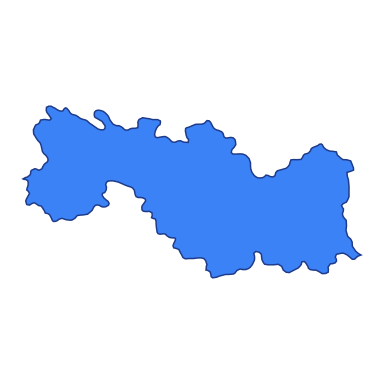 the district of Masty, Grodno, Belarus
{"feature_id": "67162791B96733958179229", "entity_name": "Masty", "entity_type": "district", "adm_level": 2, "iso_a3": "BLR", "parent_name": "Belarus", "parent_adm1": "Grodno", "projection": "orthographic", "projection_center": [24.533, 53.402], "detail": "fine", "context": "isolated", "style": "filled", "palette": "blue", "viewbox_px": 384, "rotation_deg": 0, "n_neighbors": 0, "source": "geoboundaries", "source_scale": "gbopen_adm2", "svg_char_len": 5737}
<svg xmlns="http://www.w3.org/2000/svg" viewBox="0 0 384 384"><path d="M23.0,178.9L23.8,179.3L25.4,179.4L27.6,180.5L28.2,182.4L28.1,185.3L27.3,187.5L26.7,189.9L28.2,191.2L29.5,193.3L27.8,196.5L26.5,198.9L25.7,201.0L26.7,204.5L29.5,205.1L32.0,203.5L34.2,202.7L36.3,203.9L38.5,205.5L41.1,206.0L42.5,207.8L44.4,210.9L45.3,213.1L47.9,213.6L49.5,214.7L50.8,216.9L51.6,218.7L52.5,220.7L53.6,221.5L55.6,221.3L57.2,220.7L58.6,219.6L60.1,218.8L62.2,218.4L64.6,219.2L66.0,219.7L68.5,220.0L70.7,220.2L72.1,220.0L74.9,218.3L76.4,216.6L77.3,215.5L80.4,215.1L83.3,214.9L87.6,214.2L90.5,211.8L92.2,210.2L93.6,207.3L95.3,205.4L97.3,204.9L99.5,205.4L101.2,206.5L103.0,207.0L105.7,206.8L108.5,205.2L109.1,203.4L108.0,201.3L105.8,199.7L103.6,197.6L102.3,195.4L102.2,194.0L103.2,193.0L104.7,192.6L106.2,189.9L106.5,187.1L105.7,184.8L106.3,182.6L107.8,181.2L110.6,180.8L113.1,180.9L115.5,181.4L118.1,182.0L121.9,183.6L125.4,185.2L128.7,186.4L130.4,186.8L132.5,187.9L134.3,190.1L134.6,191.7L135.3,194.9L136.1,196.6L138.1,197.5L140.3,197.5L142.8,197.8L145.3,199.1L145.6,200.9L143.9,203.4L142.3,205.5L141.8,207.4L142.0,209.9L143.2,211.1L145.1,211.5L147.6,211.5L149.3,211.3L152.0,212.9L152.2,215.6L151.5,217.7L153.3,218.5L155.4,219.0L156.1,221.6L156.1,223.8L156.3,226.5L156.7,229.5L157.1,232.1L158.0,233.6L160.1,234.2L163.4,233.8L165.4,234.1L166.6,235.5L169.3,237.4L172.4,237.9L174.6,237.9L175.5,238.7L175.2,240.5L173.7,243.6L173.0,245.8L173.7,247.8L175.8,248.3L178.8,249.4L179.5,250.9L180.7,253.2L181.8,255.1L183.0,257.6L185.3,258.8L189.5,258.5L193.5,258.5L197.9,257.9L201.2,257.9L204.0,258.6L205.8,260.9L206.4,263.0L207.0,264.5L206.3,266.3L206.2,268.6L206.0,270.1L207.3,270.2L209.9,271.7L210.8,274.0L211.2,276.7L212.7,277.8L216.6,277.2L219.3,276.1L222.3,275.3L225.2,274.5L229.1,274.4L233.4,274.0L234.7,273.3L236.9,270.5L240.0,269.0L242.9,269.6L246.1,269.5L248.5,268.5L250.1,267.4L252.2,264.8L253.4,262.4L254.4,260.2L254.6,258.3L254.5,255.9L253.7,253.5L255.7,251.5L259.0,252.1L261.4,254.3L261.6,257.0L262.0,259.8L263.4,262.6L264.6,264.2L268.1,264.8L273.4,264.8L278.3,264.3L281.7,266.4L282.7,268.8L283.3,270.1L286.1,272.2L289.2,272.6L291.5,271.4L293.9,270.2L296.2,269.0L298.2,268.0L300.3,265.8L301.4,264.2L301.7,261.9L304.3,261.5L306.0,263.3L307.9,266.4L308.4,268.2L310.2,269.6L313.6,270.1L316.0,270.1L319.5,271.9L322.1,273.6L325.5,273.5L328.2,272.2L328.4,269.2L328.0,267.1L330.4,263.8L332.6,263.7L335.1,262.9L336.5,261.1L336.3,259.2L335.3,257.1L336.4,254.3L341.6,253.2L343.8,253.3L347.1,254.9L349.7,257.0L352.3,259.3L354.7,259.1L356.4,257.4L358.1,256.1L361.0,255.0L358.5,253.6L355.7,251.2L352.4,246.3L352.1,241.9L350.7,239.1L347.7,236.4L346.0,230.4L346.5,225.7L346.2,220.3L344.4,218.3L343.1,216.5L342.4,213.9L343.3,211.0L343.5,209.0L342.4,207.4L341.5,205.5L343.3,203.5L346.3,202.2L347.6,200.0L349.0,196.7L349.0,191.8L349.0,186.3L348.4,179.8L347.3,176.2L347.0,172.4L349.7,171.6L353.5,170.2L353.5,168.0L351.8,163.6L350.7,160.9L346.9,159.8L342.8,159.6L340.3,157.7L337.3,155.0L336.4,151.9L332.0,151.2L331.0,151.2L329.8,151.1L327.8,150.3L326.4,149.7L324.6,148.3L323.6,147.2L322.4,144.9L321.3,144.0L319.3,144.3L317.8,145.6L315.6,146.4L314.0,147.1L312.5,147.7L311.1,148.9L310.5,150.7L308.5,153.0L307.2,153.5L304.6,154.2L303.4,155.4L302.2,157.9L301.1,159.4L297.5,159.7L293.4,159.6L290.9,159.9L290.1,162.2L289.3,165.0L287.6,167.1L286.1,168.3L282.6,169.3L277.3,170.8L275.7,172.7L275.0,175.7L273.0,176.9L270.3,176.6L268.2,175.5L265.9,175.1L264.5,176.7L262.2,177.8L258.6,178.0L256.8,177.4L254.4,175.7L253.1,174.0L251.9,172.3L250.7,168.6L250.5,165.7L250.5,162.7L249.0,158.5L247.4,156.9L246.0,155.4L242.6,154.0L238.9,153.9L235.9,154.1L232.8,154.0L231.2,152.5L232.0,149.5L234.1,147.3L235.8,144.6L235.5,141.7L235.0,139.6L233.1,137.8L230.8,137.4L227.8,137.9L225.8,138.1L224.6,137.3L223.9,136.6L223.6,135.2L223.0,133.3L221.7,131.8L219.9,131.0L218.2,130.3L216.7,130.0L215.0,129.1L213.6,127.9L212.6,126.3L211.8,124.6L210.6,122.3L209.1,120.8L207.0,120.6L205.5,122.1L204.3,123.4L201.5,124.2L198.4,124.2L195.3,124.4L188.8,127.2L186.5,127.8L185.6,128.6L185.4,131.0L186.2,135.2L187.0,137.7L188.6,139.6L188.2,142.4L183.8,142.2L180.4,140.7L177.9,141.0L175.2,142.2L173.5,142.2L172.4,142.0L170.5,140.4L169.4,139.1L167.1,137.4L165.1,136.5L162.6,136.7L159.9,137.2L157.3,137.7L155.4,137.0L154.6,134.9L154.9,132.8L155.4,130.9L156.6,128.1L158.3,125.8L160.0,124.6L160.5,122.3L160.3,120.9L157.6,119.6L155.7,119.6L152.7,119.6L150.5,119.1L149.3,118.7L147.2,118.5L143.7,117.9L142.7,117.7L139.2,119.4L138.5,120.3L137.8,122.5L138.1,124.4L137.8,127.6L135.3,128.3L132.4,128.3L130.2,128.8L128.1,130.0L126.0,130.1L124.6,129.7L122.7,127.8L121.0,126.6L119.0,125.7L116.7,125.7L114.3,124.8L112.7,123.8L111.1,121.5L110.2,120.4L109.4,118.7L109.0,117.7L108.3,116.2L106.7,114.3L104.8,112.5L102.9,111.2L99.2,110.2L97.2,110.3L95.7,110.9L94.5,112.3L94.2,114.6L94.6,116.9L95.8,117.8L98.3,119.2L99.3,119.8L102.1,121.4L103.5,123.6L105.1,125.8L105.0,128.3L103.7,129.7L100.9,129.9L98.0,129.0L96.0,127.6L93.4,125.8L91.8,124.6L90.2,123.7L88.7,122.4L87.4,121.1L85.8,120.1L84.3,119.7L82.1,119.1L80.6,118.5L79.3,117.7L78.0,116.6L75.8,115.3L73.4,114.7L72.2,114.4L70.9,113.6L69.8,112.3L68.8,110.6L66.7,108.2L65.3,107.9L63.9,109.1L63.0,110.7L61.7,111.1L60.0,111.0L58.1,110.2L56.6,109.3L54.8,108.1L52.8,107.2L51.1,106.2L48.8,106.2L46.5,107.3L46.2,110.4L46.9,112.4L49.2,115.5L51.3,118.7L49.5,120.2L45.3,119.5L43.9,119.5L40.5,120.1L39.5,122.7L38.2,124.0L35.8,124.9L34.8,126.7L33.4,129.9L33.7,134.0L34.9,135.9L36.6,138.7L37.8,140.4L40.2,143.0L41.1,145.4L41.8,148.6L42.4,151.4L43.7,153.5L46.1,155.6L47.7,158.0L48.1,160.2L47.2,162.0L44.4,164.1L42.8,166.7L41.9,168.8L39.0,170.3L36.7,169.2L34.8,168.7L31.3,170.4L30.7,171.9L30.5,174.2L29.5,175.4L27.2,177.1L25.3,177.6L23.0,178.9Z" fill="#3b82f6" stroke="#1e3a8a" stroke-width="1.5"/></svg>